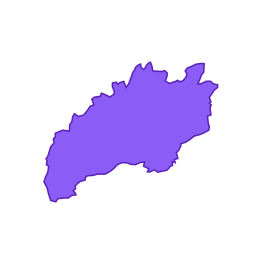 Giolou, Paphos, Cyprus (orthographic projection), rotated 247°
{"feature_id": "46923920B14878723805289", "entity_name": "Giolou", "entity_type": "district", "adm_level": 2, "iso_a3": "CYP", "parent_name": "Cyprus", "parent_adm1": "Paphos", "projection": "orthographic", "projection_center": [32.479, 34.929], "detail": "fine", "context": "isolated", "style": "filled", "palette": "violet", "viewbox_px": 256, "rotation_deg": 247, "n_neighbors": 0, "source": "geoboundaries", "source_scale": "gbopen_adm2", "svg_char_len": 2042}
<svg xmlns="http://www.w3.org/2000/svg" viewBox="0 0 256 256"><g transform="rotate(247 128 128)"><path d="M86.9,45.6L87.9,50.0L86.8,54.0L88.6,54.0L91.8,53.1L92.5,56.0L95.3,56.7L96.6,59.9L97.5,63.2L96.8,68.1L99.8,70.3L99.7,72.5L97.9,77.7L97.5,81.9L94.4,89.1L95.0,94.4L96.2,98.9L98.4,103.9L98.4,109.2L96.1,113.8L93.7,116.0L91.4,120.3L91.4,125.5L90.4,129.9L86.7,127.4L82.2,131.3L80.1,128.7L78.9,131.2L79.2,135.8L75.6,138.3L75.1,141.5L74.0,147.0L74.9,149.9L76.4,152.1L76.0,154.3L79.6,155.4L77.6,157.9L81.0,158.3L80.4,162.0L86.3,162.9L87.9,166.4L91.1,169.7L92.8,170.7L92.4,175.7L93.4,181.3L94.7,185.6L93.9,191.8L93.9,195.8L94.4,201.4L97.3,203.4L100.4,203.6L103.6,204.5L107.8,205.8L107.7,209.6L111.8,210.6L115.2,211.8L116.5,213.6L116.8,213.5L118.8,212.5L119.7,214.6L123.0,214.7L124.3,214.7L126.4,218.0L129.2,222.3L130.3,226.3L132.8,227.4L135.1,224.0L138.9,222.1L140.5,218.0L140.2,212.8L141.2,209.4L144.1,212.5L148.1,216.3L149.8,219.5L154.3,221.8L157.5,223.2L158.9,220.3L160.2,215.3L159.9,211.0L160.1,206.2L159.4,205.0L158.1,202.9L154.4,203.3L151.9,200.8L150.2,197.5L149.9,194.5L152.6,192.1L152.3,190.5L152.8,183.6L156.6,180.7L160.5,184.2L163.4,185.6L166.4,184.3L167.0,180.7L168.5,177.7L170.9,173.1L175.5,174.2L179.7,174.4L179.9,172.5L178.3,169.2L176.6,167.3L175.7,165.3L178.7,163.7L181.9,164.6L182.0,162.1L180.9,158.7L179.1,157.0L177.4,154.4L176.1,153.0L174.5,151.8L171.9,149.1L168.6,146.2L166.1,142.1L172.6,142.3L173.0,138.3L172.0,135.9L174.8,135.1L175.5,131.3L172.3,129.8L167.9,129.7L164.8,128.8L163.6,123.5L167.8,119.9L170.4,117.2L168.0,114.6L169.5,109.2L168.6,105.9L168.1,106.0L162.6,105.6L162.9,101.8L159.7,97.0L157.3,92.1L157.9,87.1L159.7,85.8L162.1,84.2L159.9,81.4L155.8,78.8L153.8,75.6L148.1,72.9L149.6,70.3L151.5,67.0L151.6,59.1L148.2,57.5L147.0,54.9L143.2,54.2L140.9,49.5L138.4,47.4L135.4,45.0L132.9,42.6L131.7,40.5L129.1,40.6L126.2,38.5L123.8,40.0L119.6,37.5L117.5,35.8L115.8,33.6L111.2,29.6L104.1,30.2L98.4,29.1L91.4,28.6L88.3,32.7L90.3,35.9L89.1,39.9L88.2,42.8L86.9,45.6Z" fill="#8b5cf6" stroke="#5b21b6" stroke-width="1.5"/></g></svg>